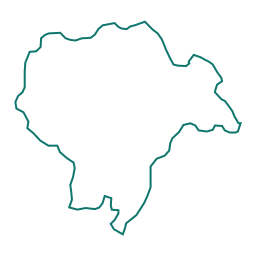 Cheongju-si, North Chungcheong, South Korea (orthographic projection)
{"feature_id": "91817680B7472001038353", "entity_name": "Cheongju-si", "entity_type": "district", "adm_level": 2, "iso_a3": "KOR", "parent_name": "South Korea", "parent_adm1": "North Chungcheong", "projection": "orthographic", "projection_center": [127.531, 36.588], "detail": "fine", "context": "isolated", "style": "outline", "palette": "teal", "viewbox_px": 256, "rotation_deg": 0, "n_neighbors": 0, "source": "geoboundaries", "source_scale": "gbopen_adm2", "svg_char_len": 1470}
<svg xmlns="http://www.w3.org/2000/svg" viewBox="0 0 256 256"><path d="M193.7,54.9L188.7,61.7L189.3,63.4L186.0,66.1L177.8,65.6L173.5,64.5L170.2,58.5L165.8,49.2L162.6,41.1L161.5,38.9L157.7,33.4L152.7,29.6L147.8,24.7L144.9,21.7L134.8,25.3L130.4,26.4L126.6,29.1L121.7,28.5L118.4,26.9L114.6,23.1L102.7,25.3L98.3,29.1L95.0,34.5L90.7,37.8L82.0,38.3L75.4,40.5L70.5,39.9L65.6,38.3L60.2,32.8L48.8,33.4L44.9,35.0L41.1,38.3L40.6,47.0L36.2,51.3L29.7,51.8L25.3,62.7L24.7,71.4L24.7,72.5L24.7,77.4L24.7,87.3L22.5,92.2L18.1,96.0L15.4,102.0L16.4,108.5L23.5,112.3L28.4,121.6L27.3,128.2L33.3,133.1L40.4,140.7L48.5,145.7L57.3,145.7L60.0,152.2L67.1,158.3L73.6,162.6L74.7,168.1L73.1,176.8L70.3,185.0L71.4,193.2L71.9,199.8L69.2,207.4L77.4,209.6L85.6,208.0L94.9,209.1L99.3,207.5L102.6,203.1L104.7,196.0L111.3,198.2L110.8,205.3L111.8,209.7L118.4,210.2L118.4,213.5L114.6,220.0L110.7,223.9L111.4,225.0L114.0,229.3L122.8,234.3L125.0,228.3L126.1,223.3L136.4,215.1L144.1,203.1L147.4,196.0L150.6,187.2L150.6,173.6L150.6,166.5L156.6,158.8L164.8,155.6L169.2,150.6L170.3,143.0L172.5,138.1L179.0,132.1L183.4,125.0L190.4,123.3L195.4,125.5L198.6,130.4L206.8,131.5L212.8,129.8L215.0,125.5L222.1,126.0L224.8,130.4L229.7,132.5L235.8,132.5L237.9,131.4L240.6,123.2L238.5,123.2L234.6,116.7L232.4,111.3L228.6,105.8L224.8,100.9L221.5,99.3L214.9,92.2L215.5,89.5L217.1,84.6L222.0,81.3L221.4,78.0L217.1,72.0L212.7,64.4L208.9,61.7L204.5,59.5L200.7,57.3L193.7,54.9Z" fill="none" stroke="#0f766e" stroke-width="2"/></svg>